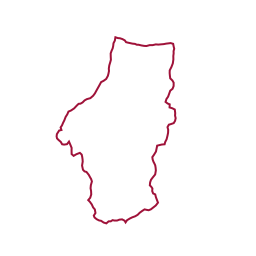 the district of Mateus Leme, Minas Gerais, Brazil, rotated 207°
{"feature_id": "56859067B3328901062770", "entity_name": "Mateus Leme", "entity_type": "district", "adm_level": 2, "iso_a3": "BRA", "parent_name": "Brazil", "parent_adm1": "Minas Gerais", "projection": "equal_earth", "projection_center": [-44.439, -20.031], "detail": "fine", "context": "isolated", "style": "outline", "palette": "rose", "viewbox_px": 256, "rotation_deg": 207, "n_neighbors": 0, "source": "geoboundaries", "source_scale": "gbopen_adm2", "svg_char_len": 2417}
<svg xmlns="http://www.w3.org/2000/svg" viewBox="0 0 256 256"><g transform="rotate(207 128 128)"><path d="M76.3,63.0L74.3,63.5L72.3,64.1L70.7,65.9L69.4,68.7L68.1,71.5L67.4,75.1L69.5,77.0L71.7,79.0L73.6,81.2L75.9,81.1L77.8,82.8L78.8,85.2L80.8,86.3L82.5,86.8L83.6,89.6L84.0,92.3L83.5,95.1L82.7,98.9L83.9,102.8L85.4,105.2L86.8,107.1L88.3,108.3L90.0,109.5L91.7,111.1L93.1,113.1L92.7,115.9L92.4,119.7L93.3,123.0L94.0,125.5L92.4,126.9L90.4,128.6L88.0,130.1L88.5,132.4L88.5,135.5L89.3,139.0L90.1,141.9L91.4,144.7L93.2,146.7L93.1,149.5L91.5,151.0L89.5,153.1L89.3,155.7L90.0,158.4L91.7,160.4L92.7,162.7L94.7,165.7L97.4,165.7L100.3,165.2L101.6,168.0L103.8,167.8L106.4,168.3L106.9,171.3L106.5,174.1L106.8,176.6L107.3,180.4L106.1,183.2L106.4,186.1L107.9,189.1L110.0,190.5L112.9,191.4L114.6,193.9L115.8,195.8L117.0,198.3L117.0,202.0L117.4,205.9L118.7,209.7L120.3,212.7L121.2,215.2L122.3,217.2L122.8,219.6L124.2,221.2L126.0,223.5L128.6,223.0L130.5,221.7L132.3,220.5L134.2,219.0L136.6,217.5L138.8,216.1L141.2,215.1L143.7,213.0L146.4,211.6L148.8,209.4L150.9,208.5L153.4,207.7L156.3,207.0L158.0,206.2L160.0,206.1L162.3,205.2L165.0,204.5L166.9,204.0L168.7,203.6L170.6,204.6L173.3,204.7L175.9,204.3L177.9,203.5L180.4,203.1L179.4,199.9L179.4,196.9L178.4,194.3L177.8,191.9L177.7,189.5L177.3,186.6L175.7,183.6L174.2,181.0L173.7,178.6L173.1,175.3L172.1,172.3L170.8,170.1L170.1,167.6L169.6,165.3L169.7,161.8L171.2,158.9L172.8,156.7L172.9,152.5L173.1,147.6L173.2,143.8L173.7,140.9L175.1,137.5L177.8,135.0L179.2,132.9L180.1,130.1L181.4,128.1L183.0,127.1L183.8,124.8L184.9,121.0L186.8,117.6L188.5,115.6L188.3,112.6L188.6,109.6L188.2,105.8L188.2,103.3L188.0,100.3L188.3,97.9L186.4,96.0L188.2,94.5L188.6,90.3L187.8,88.1L186.5,86.5L184.4,85.8L181.6,85.1L179.3,83.6L177.4,84.2L175.0,85.9L174.4,89.1L171.4,86.6L169.2,84.7L168.1,82.4L166.4,79.2L163.8,78.5L162.1,81.2L159.6,84.0L157.2,83.3L155.7,81.5L154.3,79.5L153.1,77.5L151.9,73.7L149.2,70.4L147.0,69.6L145.1,70.0L143.3,69.2L141.6,68.4L139.3,66.8L137.7,65.8L135.9,64.0L135.1,60.1L134.0,57.3L132.3,55.1L130.6,52.1L130.0,48.7L130.7,45.7L128.4,44.9L125.5,43.4L123.0,41.4L120.6,40.4L118.4,37.5L118.7,34.4L117.2,33.1L114.5,32.5L111.8,32.5L109.8,33.1L106.8,32.7L104.0,33.2L102.9,36.0L101.0,37.0L99.9,38.9L98.0,39.4L95.6,40.7L94.1,42.4L91.8,43.9L89.1,43.9L87.3,42.8L87.0,45.4L85.2,48.3L83.6,50.4L81.6,52.5L80.0,55.0L79.1,57.8L77.8,60.4L76.3,63.0Z" fill="none" stroke="#9f1239" stroke-width="2"/></g></svg>